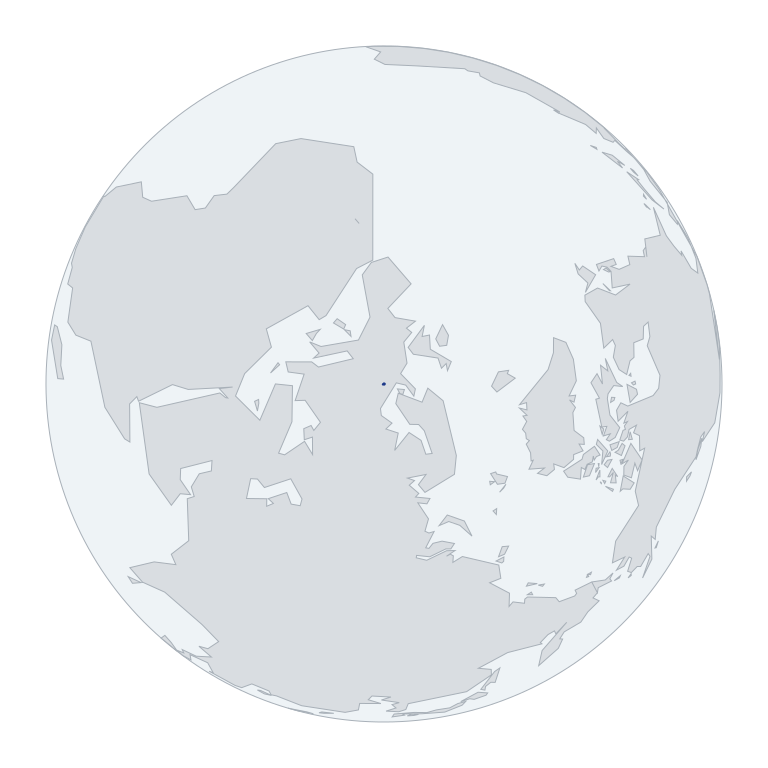 the Earth from above Berlin, rotated 128°
{"feature_id": "DEU-1599", "entity_name": "Berlin", "entity_type": "State", "adm_level": 1, "iso_a3": "DEU", "parent_name": "Germany", "parent_adm1": "", "projection": "orthographic", "projection_center": [13.385, 52.503], "detail": "fine", "context": "on_globe", "style": "filled", "palette": "blue", "viewbox_px": 768, "rotation_deg": 128, "n_neighbors": 0, "source": "natural_earth", "source_scale": "10m", "svg_char_len": 11109}
<svg xmlns="http://www.w3.org/2000/svg" viewBox="0 0 768 768"><g transform="rotate(128 384 384)"><circle cx="384" cy="384" r="338" fill="#eef3f6" stroke="#a8b0b8"/><path d="M106.8,190.7L112.6,183.0L158.2,134.8L123.0,169.4L134.4,156.3L149.7,140.8L148.7,142.1L169.2,125.3L184.0,113.9L210.9,99.5L233.5,97.7L224.1,102.1L230.6,101.8L242.8,96.5L249.2,93.3L288.0,90.0L329.1,81.3L339.5,74.6L339.3,79.8L357.1,65.1L377.7,60.8L356.0,68.3L355.0,71.4L369.8,69.4L371.9,72.1L380.3,73.0L381.6,76.7L368.8,81.6L369.4,84.3L379.8,82.8L387.6,86.2L372.2,87.8L384.3,93.9L365.2,104.7L323.0,108.6L313.8,120.0L274.1,139.1L279.2,141.3L267.4,150.9L268.8,157.3L261.0,159.7L268.9,162.9L275.8,159.6L281.5,160.0L283.0,163.7L273.3,167.1L271.2,165.8L269.1,168.7L263.7,169.0L267.2,170.9L255.3,175.0L269.2,176.6L261.5,184.6L253.0,185.8L251.3,178.3L227.4,164.8L218.3,164.9L207.2,171.9L191.8,200.1L182.9,203.7L172.6,214.0L178.7,215.0L188.9,207.5L197.7,212.6L209.1,203.4L214.3,204.4L227.1,198.6L227.9,207.6L221.7,219.8L211.2,225.4L208.2,231.2L220.4,232.9L202.9,250.8L195.2,276.2L190.3,280.4L176.9,274.8L171.3,256.3L153.8,251.6L167.8,263.3L155.5,274.4L154.6,280.2L156.9,284.9L162.6,284.2L159.0,290.2L143.8,280.2L146.8,274.6L151.6,277.6L148.9,269.3L138.6,263.8L133.1,270.5L123.3,257.1L119.3,261.9L114.9,262.1L121.9,255.1L109.1,267.8L96.7,257.9L78.9,280.5L93.4,252.7L96.8,240.6L99.3,228.6L96.2,231.9L103.7,213.1L103.4,205.0L92.9,215.6L82.1,233.8L74.9,252.7L77.5,251.2L74.9,263.3L66.5,272.7L60.3,299.2L55.0,311.4L51.8,326.0L51.3,336.0L49.9,352.1L52.5,352.3L55.2,361.9L51.5,374.3L55.9,371.1L55.4,384.9L62.9,412.7L61.4,413.4L67.1,451.5L79.3,483.2L82.1,497.9L80.1,500.4L85.6,510.7L85.8,514.4L113.2,554.1L131.6,580.0L134.0,591.6L124.4,591.1L129.4,605.9L124.5,600.4L109.1,580.5L95.3,559.6L83.0,537.6L72.5,514.9L63.6,491.4L56.5,467.3L51.2,442.7L47.8,417.9L46.2,392.8L46.5,367.7L46.9,367.8L49.8,347.0L50.6,338.5L49.7,338.3L55.3,307.0L61.0,287.5L90.9,215.8L106.8,190.7ZM73.9,286.1L67.3,323.4L66.2,309.1L67.3,310.2L70.0,299.1L73.4,282.5L73.8,271.1L73.9,286.1ZM81.9,286.9L82.6,281.4L82.6,286.0L81.9,286.9ZM251.7,91.5L242.8,96.2L231.0,100.2L238.2,95.9L251.7,91.5ZM274.3,85.8L270.8,88.4L263.9,87.6L268.0,86.3L274.3,85.8ZM346.4,69.5L338.7,71.2L345.4,68.7L346.4,69.5ZM381.3,72.5L382.7,71.3L386.5,72.3L381.3,72.5ZM225.8,194.1L226.4,196.3L223.7,196.2L225.8,194.1ZM230.7,189.7L227.2,188.0L229.0,185.7L231.2,186.8L230.7,189.7ZM391.8,79.1L397.3,81.5L389.5,79.8L391.8,79.1ZM234.7,192.3L232.7,181.8L236.0,177.9L247.0,178.7L234.7,192.3ZM399.1,83.4L412.6,89.8L417.1,87.3L412.1,98.4L402.2,89.0L391.9,87.2L398.5,86.1L399.1,83.4ZM277.3,157.0L270.1,160.6L274.7,154.3L277.3,157.0ZM278.8,152.9L284.9,133.9L296.2,130.8L291.9,137.6L305.6,131.3L308.1,139.0L301.2,144.2L293.4,144.6L300.4,147.3L278.8,152.9ZM407.1,103.8L408.5,106.3L404.6,104.7L407.1,103.8ZM284.2,159.8L284.3,156.0L294.2,152.9L295.6,159.9L292.0,158.6L284.2,159.8ZM307.9,126.0L315.4,125.2L319.6,131.2L323.1,131.8L309.2,138.9L307.9,126.0ZM290.5,161.2L296.1,163.6L292.8,168.5L284.6,163.2L290.5,161.2ZM296.2,149.3L301.0,148.3L298.8,151.1L296.2,149.3ZM284.2,188.0L284.2,183.1L289.4,181.0L284.2,188.0ZM298.4,164.2L299.5,162.5L301.5,161.3L304.4,163.9L298.4,164.2ZM313.1,142.8L313.3,145.6L319.0,140.2L322.4,144.7L312.5,148.8L318.2,149.0L319.2,150.4L310.0,152.2L313.1,142.8ZM313.5,162.9L302.0,170.3L300.9,179.5L296.2,181.5L299.0,166.4L313.5,162.9ZM312.2,156.4L312.0,160.8L306.4,160.9L303.1,157.9L312.2,156.4ZM328.3,146.5L325.7,138.4L327.9,137.8L328.3,146.5ZM314.3,165.5L317.0,163.8L314.8,166.2L314.3,165.5ZM325.2,152.2L324.0,149.4L326.6,148.8L325.2,152.2ZM323.5,162.8L319.8,165.0L317.5,163.0L323.5,162.8ZM325.2,157.9L329.1,157.8L318.9,160.9L324.2,156.7L325.2,157.9ZM327.9,152.2L329.0,150.9L328.0,153.5L327.9,152.2ZM334.6,169.6L322.3,173.9L317.1,169.2L329.8,165.6L334.6,169.6ZM241.7,600.5L215.6,553.9L225.7,541.8L225.5,522.0L293.3,469.1L309.9,476.7L365.8,471.8L373.2,474.7L369.1,492.1L413.0,510.7L424.3,495.4L461.6,500.2L484.9,493.6L489.0,459.5L450.8,469.6L441.7,455.1L470.4,433.3L503.4,424.5L501.0,418.7L478.1,411.3L483.6,396.8L469.9,407.7L477.0,412.5L468.6,419.7L461.6,415.9L463.8,410.7L453.3,410.5L445.4,436.1L451.8,443.8L425.4,453.0L433.5,466.9L427.0,475.0L411.1,454.6L411.0,446.1L383.0,423.8L380.6,433.4L406.9,455.4L399.6,454.2L396.6,468.5L393.2,456.7L365.1,431.2L339.9,436.2L311.4,468.3L296.0,468.8L281.5,459.0L288.4,424.3L322.1,427.5L324.9,416.2L315.1,397.9L326.2,400.7L326.3,393.9L338.8,394.2L353.4,378.7L365.6,377.3L368.5,356.3L375.2,353.0L371.5,366.2L375.5,375.0L405.5,371.7L410.5,366.7L409.9,353.6L418.3,354.8L413.9,342.6L429.8,334.7L406.8,334.4L405.6,320.1L413.6,307.8L409.1,303.3L396.0,323.5L394.6,331.8L399.9,338.8L392.2,362.6L382.5,367.1L374.9,342.8L360.3,346.9L360.8,327.1L395.8,283.0L411.8,272.9L444.2,285.0L442.1,294.9L429.4,295.2L443.7,307.6L441.3,300.5L448.2,301.8L448.8,289.2L453.7,289.6L445.9,277.3L452.0,276.4L456.8,284.2L462.9,265.9L474.8,261.1L473.8,256.9L469.4,253.7L487.4,250.3L485.9,247.4L479.4,247.3L472.1,241.5L466.3,230.3L472.8,229.8L475.8,233.7L492.0,241.6L499.0,252.8L501.1,251.6L496.6,241.8L476.8,232.0L471.5,225.5L481.2,228.7L477.3,227.0L476.7,223.6L482.2,219.9L471.7,216.0L456.0,182.1L465.2,172.3L475.6,178.4L471.6,156.3L482.3,148.5L476.3,148.2L470.3,138.3L466.8,140.6L463.5,139.8L446.6,117.1L447.7,111.9L433.6,103.2L430.4,103.3L428.8,106.5L412.1,98.4L417.1,87.3L423.9,87.6L422.4,81.0L438.1,83.1L450.4,82.3L468.4,89.4L476.6,88.6L475.0,86.2L485.0,83.9L510.7,88.7L496.7,95.3L459.3,93.3L475.1,94.7L473.6,97.7L480.5,100.5L491.5,101.6L491.5,99.6L519.5,121.2L549.9,134.6L542.9,123.8L547.1,120.3L575.6,129.5L621.0,168.1L627.1,166.4L633.2,170.6L640.5,181.0L631.9,175.1L631.7,180.3L625.7,175.8L634.6,191.5L626.4,185.8L637.3,201.4L642.5,202.0L637.7,189.7L650.7,206.5L656.6,203.5L666.7,212.5L688.2,250.8L696.0,276.8L698.4,281.6L696.7,285.6L701.7,303.5L710.9,309.2L713.2,315.8L718.0,345.0L716.7,340.8L712.2,351.3L716.7,370.2L720.3,366.2L721.8,375.4L721.3,383.4L719.2,376.2L717.5,379.5L714.1,364.4L705.4,351.9L704.6,368.4L701.0,359.8L688.8,355.7L685.6,379.1L683.0,428.6L688.8,452.3L685.2,471.2L665.7,455.6L654.5,436.8L649.1,446.8L627.7,441.4L595.5,468.4L589.5,464.3L583.7,472.5L568.5,474.3L558.8,466.5L550.2,472.4L575.8,492.2L584.8,485.7L590.3,468.3L595.9,477.0L610.5,476.9L599.5,513.7L549.4,565.3L542.2,548.6L492.1,507.8L492.3,500.5L492.0,499.8L491.2,498.5L489.0,510.9L479.6,501.4L508.8,534.9L514.7,550.3L548.7,566.8L546.1,571.0L556.3,572.2L586.2,548.5L586.9,554.6L574.2,589.6L530.7,641.3L535.2,656.9L529.9,671.2L500.0,688.5L499.9,694.8L484.1,701.4L481.2,704.6L467.0,710.2L444.2,716.1L408.3,720.5L408.2,719.4L393.6,716.2L374.1,699.7L385.4,689.1L383.1,679.7L357.0,655.2L362.9,640.2L355.3,633.1L340.1,633.8L331.1,624.7L321.7,623.4L261.3,617.3L241.7,600.5ZM272.8,502.4L271.6,508.6L272.8,502.4ZM540.7,430.8L558.9,421.9L546.6,405.7L552.6,401.2L546.2,397.6L545.6,404.6L529.4,393.8L535.8,383.2L531.5,375.1L525.1,377.8L516.1,399.1L539.2,414.5L536.8,425.2L540.7,430.8ZM63.2,413.5L63.7,419.2L62.1,414.8L63.2,413.5ZM63.6,311.8L63.4,317.8L62.4,322.7L62.1,318.8L63.6,311.8ZM68.0,360.7L69.0,368.3L66.9,362.4L68.0,360.7ZM66.9,329.0L67.1,355.0L63.2,345.0L63.5,328.8L64.8,337.1L66.9,329.0ZM76.8,290.8L76.2,295.3L74.7,296.3L76.8,290.8ZM81.8,290.3L81.7,289.1L83.1,285.6L81.8,290.3ZM156.4,275.0L157.5,276.0L158.7,281.5L155.8,280.4L156.4,275.0ZM177.7,298.8L171.4,307.9L173.9,300.3L168.7,300.1L167.6,284.5L187.8,281.7L178.9,285.5L177.7,298.8ZM171.7,263.7L170.1,273.4L171.1,262.9L171.7,263.7ZM314.9,358.4L320.0,363.4L316.6,371.0L301.2,374.4L305.9,363.2L314.9,358.4ZM328.1,368.9L324.9,344.8L334.4,342.2L329.6,347.6L336.2,348.4L330.3,357.4L342.5,379.2L340.3,387.5L312.9,388.3L323.1,383.2L317.4,378.3L328.1,368.9ZM299.9,293.2L298.6,284.2L320.8,290.1L319.5,297.9L304.0,301.3L296.5,294.2L299.9,293.2ZM254.4,196.5L252.5,193.8L255.2,192.7L259.0,194.1L254.4,196.5ZM283.8,185.9L265.6,207.7L262.5,205.5L255.6,221.7L244.7,222.5L249.5,211.8L235.9,224.9L235.9,215.7L227.6,225.4L239.5,201.6L239.0,194.3L243.8,202.0L253.8,201.4L258.0,199.0L269.4,186.8L273.2,171.4L283.8,168.9L290.3,171.2L291.0,174.5L283.9,175.0L289.9,179.1L280.2,182.3L283.8,185.9ZM359.9,208.0L351.4,205.8L361.9,217.3L352.2,219.5L354.1,220.7L348.0,226.1L343.8,234.9L339.1,234.6L339.5,238.2L335.5,242.1L334.5,247.0L325.6,248.5L323.7,254.8L320.6,252.0L319.6,262.5L316.4,255.4L310.9,260.2L316.9,264.5L271.6,263.6L255.1,269.7L243.1,278.9L239.2,266.3L247.9,250.0L263.1,234.4L279.5,230.8L274.8,226.1L281.3,223.1L282.3,228.0L284.6,218.7L290.2,217.6L303.6,205.6L303.4,193.5L308.3,189.0L311.2,193.3L314.1,186.0L322.9,191.1L326.7,188.2L339.1,190.7L342.5,201.1L346.4,197.1L356.0,199.2L359.9,208.0ZM338.0,170.6L344.3,181.8L342.1,188.8L321.4,181.6L316.8,183.5L303.5,179.8L306.9,170.0L310.4,171.9L314.6,171.5L311.9,174.7L317.2,171.9L322.2,174.5L327.7,173.1L328.3,177.1L338.0,170.6ZM380.2,467.9L385.7,468.4L393.9,467.2L392.1,476.4L380.2,467.9ZM360.8,450.8L365.5,449.6L367.0,461.4L361.4,461.1L360.8,450.8ZM366.8,439.3L365.6,448.7L362.9,443.4L366.8,439.3ZM375.8,364.5L380.7,362.7L381.7,365.7L379.6,370.4L375.8,364.5ZM389.0,244.8L384.5,241.8L385.6,239.9L380.9,229.7L387.7,227.6L393.2,232.9L389.0,244.8ZM483.2,467.1L477.3,475.3L473.4,473.3L476.2,470.8L483.2,467.1ZM433.1,478.1L445.2,480.2L432.5,480.6L433.1,478.1ZM395.6,240.8L392.9,236.7L398.0,238.2L395.6,240.8ZM392.4,225.6L398.1,226.3L387.9,226.2L392.4,225.6ZM580.6,644.4L554.1,673.0L540.2,679.9L540.0,676.7L551.4,662.0L568.4,650.1L577.4,639.5L580.6,644.4ZM721.4,403.2L717.0,401.9L718.7,392.6L721.9,381.8L721.4,403.2ZM690.0,453.1L695.9,459.5L693.3,467.0L690.0,453.1ZM698.4,260.1L697.0,256.5L697.2,257.2L698.4,260.1ZM701.8,287.4L703.1,295.4L701.5,292.7L698.7,280.9L701.8,287.4ZM674.4,220.8L680.6,228.8L683.1,232.8L680.7,231.1L674.4,220.8ZM449.7,221.0L448.7,237.2L452.5,248.3L461.7,253.4L448.3,253.5L442.5,236.3L449.7,221.0ZM454.5,186.7L446.5,183.0L450.1,180.5L452.5,181.0L454.5,186.7ZM449.6,187.4L439.4,190.7L435.0,186.0L443.9,184.2L449.6,187.4ZM417.7,215.1L416.9,219.9L412.8,218.5L417.7,215.1ZM696.1,254.5L697.3,257.6L689.9,243.0L687.3,236.6L694.0,249.8L693.6,248.6L696.1,254.5ZM631.2,161.3L627.6,159.3L623.1,153.4L626.8,156.4L631.2,161.3ZM605.1,134.1L620.7,151.3L632.6,166.2L632.4,164.0L641.3,172.6L637.8,172.8L624.3,158.1L616.5,147.9L608.6,142.1L598.7,132.8L590.4,129.1L583.9,124.2L589.0,124.7L605.1,134.1ZM587.0,128.0L569.0,120.1L563.6,112.1L566.4,112.0L577.0,118.8L579.2,122.6L587.0,128.0ZM563.1,116.0L565.0,119.7L542.5,119.8L536.4,117.9L550.7,112.7L553.3,116.2L559.8,117.8L563.1,116.0ZM411.7,105.4L408.8,106.2L409.7,104.1L411.7,105.4ZM461.8,141.3L457.3,139.8L458.5,137.1L461.8,141.3ZM445.8,134.5L447.5,138.6L442.9,134.5L445.8,134.5ZM451.9,147.9L446.9,140.3L455.6,147.3L451.9,147.9Z" fill="#d9dde1" stroke="#a8b0b8" stroke-width="1"/><path d="M384.3,383.1L384.4,383.3L384.7,383.6L384.8,383.7L384.9,383.8L384.9,384.0L385.0,384.1L385.3,384.3L385.3,384.5L385.2,384.5L385.2,384.8L384.9,384.9L384.9,384.7L384.7,384.7L384.4,384.6L384.2,384.5L383.9,384.6L383.7,384.6L383.4,384.5L383.2,384.6L382.9,384.5L383.0,384.5L383.0,384.4L383.0,384.2L383.1,383.9L383.1,383.7L383.2,383.4L383.4,383.5L383.4,383.4L383.5,383.2L383.7,383.3L383.8,383.3L384.0,383.3L384.0,383.2L384.3,383.1L384.3,383.1Z" fill="#3b82f6" stroke="#1e3a8a" stroke-width="1.5"/></g></svg>